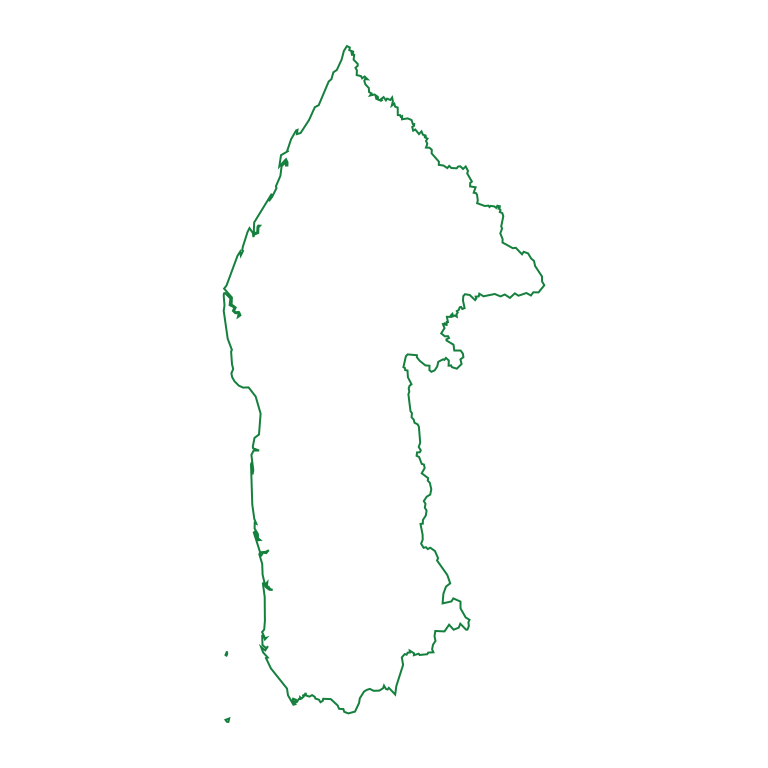 Maintirano, Melaky, Madagascar (Natural Earth projection)
{"feature_id": "10022922B40533998311047", "entity_name": "Maintirano", "entity_type": "district", "adm_level": 2, "iso_a3": "MDG", "parent_name": "Madagascar", "parent_adm1": "Melaky", "projection": "natural_earth1", "projection_center": [44.435, -17.734], "detail": "fine", "context": "isolated", "style": "outline", "palette": "green", "viewbox_px": 768, "rotation_deg": 0, "n_neighbors": 0, "source": "geoboundaries", "source_scale": "gbopen_adm2", "svg_char_len": 6088}
<svg xmlns="http://www.w3.org/2000/svg" viewBox="0 0 768 768"><path d="M346.9,46.1L343.9,50.9L341.6,59.6L336.8,70.0L333.4,72.3L331.4,79.2L328.7,81.5L318.7,105.2L314.8,107.2L309.1,119.9L300.6,133.0L296.9,134.1L297.5,129.9L296.1,130.5L291.1,139.2L287.0,151.4L288.7,150.7L281.0,155.2L279.3,166.5L286.0,159.2L287.5,162.3L287.4,165.5L285.9,165.5L285.6,162.3L281.6,166.2L280.4,175.8L275.9,186.4L276.5,188.1L272.1,196.9L268.9,201.2L271.8,193.7L254.2,222.4L253.8,231.1L254.9,233.1L257.2,232.6L257.5,226.8L258.3,225.6L260.0,225.7L258.4,227.4L258.2,233.0L254.2,234.6L253.4,237.0L252.9,233.1L249.5,228.1L247.6,231.8L242.8,246.9L242.2,250.4L243.0,250.9L240.8,255.5L240.1,251.7L237.5,255.8L226.5,285.6L224.1,288.6L231.9,297.5L231.6,304.5L235.7,307.5L234.1,310.9L235.5,312.2L238.9,312.0L239.5,313.3L238.3,315.9L240.0,314.2L240.4,315.3L237.9,317.1L238.8,313.2L235.3,313.2L232.9,310.9L234.4,307.5L229.6,305.1L230.4,298.5L225.1,293.0L224.0,293.4L223.7,295.7L224.5,305.4L223.7,310.8L227.7,338.7L231.9,349.9L231.1,351.6L232.0,364.2L233.2,369.0L231.4,373.3L232.1,377.0L234.5,381.3L238.9,385.7L243.1,387.6L248.5,387.4L250.0,389.2L255.7,396.6L260.6,413.6L259.0,434.5L254.5,437.9L252.8,446.7L253.1,448.3L259.1,450.5L253.6,450.6L251.4,454.9L253.3,470.2L252.5,474.5L251.5,463.1L251.0,464.2L252.3,504.8L254.3,518.9L256.3,523.7L254.7,523.0L254.6,528.5L257.9,534.1L258.0,538.2L260.2,540.0L257.2,540.3L255.5,533.3L254.6,531.8L253.8,532.5L260.1,552.3L265.8,551.8L268.7,550.2L266.3,553.1L263.1,552.7L261.4,555.3L259.7,553.2L259.3,554.3L262.2,563.9L262.6,574.7L264.5,582.8L265.6,584.1L267.3,582.2L266.8,586.9L268.6,586.7L269.9,588.9L272.6,589.9L269.5,589.8L266.4,587.6L262.8,582.6L264.7,597.0L264.9,620.8L264.2,629.5L262.1,632.1L265.0,638.2L266.4,637.8L264.9,639.4L263.6,635.7L262.2,635.8L262.5,645.1L266.2,648.2L268.0,646.2L265.2,650.4L261.1,647.0L263.1,652.4L267.8,657.6L266.0,658.1L270.9,668.4L287.0,688.6L288.0,695.3L293.4,704.7L295.3,704.2L292.7,700.1L293.1,698.7L295.8,699.7L295.1,701.4L296.7,702.2L298.9,698.9L300.2,699.0L300.1,697.2L301.7,698.4L303.5,696.8L302.8,694.7L304.0,695.9L304.8,694.5L305.4,696.0L305.7,692.8L306.0,695.5L309.5,696.6L312.1,695.1L314.8,696.9L315.4,698.6L318.8,699.6L320.5,702.2L322.7,700.9L323.2,698.8L330.8,699.1L337.6,705.4L339.1,708.8L343.4,709.1L344.2,711.8L348.3,713.4L355.0,711.6L359.1,702.9L359.8,698.3L364.1,691.5L366.8,689.9L369.8,688.9L373.6,690.8L379.4,690.6L383.1,688.2L384.0,685.6L386.0,689.0L387.6,689.5L388.8,687.8L395.2,694.5L396.3,686.1L403.1,664.9L401.8,657.4L404.7,654.1L406.6,654.7L407.6,652.7L409.9,652.5L409.7,650.6L414.0,653.3L413.9,655.2L418.7,653.7L419.6,655.0L427.3,654.2L428.2,652.6L433.4,652.3L432.1,649.3L433.0,644.7L435.5,640.9L434.5,636.2L435.3,631.0L444.5,631.4L449.1,624.7L453.6,629.7L458.7,627.7L460.3,623.7L466.1,629.7L467.4,629.6L468.9,626.0L468.4,622.4L469.5,619.8L465.7,617.5L460.5,608.4L460.5,601.6L453.3,598.4L451.5,601.4L442.6,603.4L443.4,593.7L446.0,586.6L450.2,583.3L447.3,575.0L437.0,560.4L438.1,558.3L435.0,551.1L430.2,547.7L427.8,549.1L425.9,547.2L423.6,547.8L421.1,543.7L422.7,539.7L422.6,534.6L420.5,523.9L422.8,523.7L422.9,520.0L425.8,515.5L426.6,510.6L424.8,507.7L425.5,503.8L423.8,501.1L426.7,496.7L430.2,494.6L431.3,489.3L429.8,482.8L427.8,480.7L428.1,478.1L421.7,473.3L424.7,468.0L423.9,464.5L421.7,463.9L419.1,457.0L416.6,455.8L417.1,452.4L419.8,452.3L420.8,450.4L418.7,446.9L420.2,442.8L418.9,426.8L417.7,424.4L414.5,422.7L413.7,419.6L411.6,417.3L411.9,413.1L410.5,411.2L408.4,394.2L409.3,391.7L408.7,388.4L409.6,385.7L411.5,384.3L407.9,377.2L407.5,370.5L405.2,370.1L404.9,368.0L403.4,367.2L405.9,356.2L407.6,354.4L416.9,355.2L416.9,357.3L419.6,360.7L425.4,365.4L429.5,365.7L429.4,370.1L431.4,371.8L434.6,370.4L437.2,366.5L438.3,361.8L443.1,359.3L444.4,359.9L445.9,357.9L448.8,360.5L448.6,365.7L451.1,365.4L451.8,367.1L456.8,368.7L461.6,364.0L460.4,359.4L463.4,357.2L462.9,353.7L460.6,350.5L454.3,350.5L453.5,344.7L446.5,340.5L446.4,339.4L449.0,338.0L448.1,336.2L444.8,336.3L441.2,333.4L444.5,328.1L442.9,324.1L444.5,323.8L444.8,322.5L445.0,324.6L446.6,324.9L446.8,322.0L447.9,322.0L446.9,316.8L451.4,316.9L452.0,316.0L451.0,315.2L452.4,313.8L453.1,316.3L454.8,315.5L456.8,316.7L456.5,314.3L457.7,312.6L456.8,311.1L458.7,310.0L459.7,307.3L461.1,306.9L462.3,309.0L464.6,308.1L463.0,300.7L463.3,296.1L465.0,294.2L469.7,295.0L475.1,300.1L476.3,298.5L475.7,296.6L478.7,296.4L479.3,293.7L483.5,296.3L494.8,294.0L500.5,296.4L504.8,294.5L509.9,297.9L514.8,293.4L518.5,295.7L526.4,293.0L530.9,295.5L533.3,292.3L538.5,292.4L544.3,285.3L542.1,281.5L542.0,276.5L535.1,266.0L534.0,260.9L531.2,258.6L528.1,253.4L523.7,251.8L522.0,254.3L515.8,247.8L512.8,248.2L502.5,242.5L502.6,239.1L500.3,233.4L502.1,228.4L501.2,226.5L503.3,216.2L502.3,213.1L499.8,212.0L500.5,210.1L499.4,209.1L499.7,207.1L498.7,207.8L498.9,206.1L497.4,205.7L496.2,207.9L494.3,206.4L490.6,205.9L489.5,207.0L488.4,205.6L484.9,206.0L477.1,203.2L477.8,200.3L477.0,194.7L476.0,193.1L473.7,192.7L475.6,187.3L470.1,186.4L470.2,182.9L471.9,181.6L467.2,173.4L468.0,170.9L465.7,166.5L463.0,169.0L460.3,166.3L458.0,166.6L456.8,168.3L451.3,168.0L449.2,165.9L447.3,168.1L443.4,165.5L438.8,164.9L438.9,161.7L431.6,153.3L431.8,149.8L429.4,147.7L426.0,147.6L427.3,143.8L426.0,140.9L427.5,138.6L424.9,137.4L424.6,135.9L425.8,136.8L425.6,135.5L422.9,134.7L421.5,131.4L419.0,134.1L415.3,129.5L413.2,130.7L412.2,127.0L414.0,125.8L414.2,124.1L412.9,124.2L411.5,120.0L407.7,118.4L402.0,119.3L402.1,116.2L400.8,116.9L400.1,115.2L397.8,115.1L397.7,107.6L395.1,106.6L394.3,103.6L391.8,105.6L392.9,101.1L392.1,97.5L390.4,100.0L387.1,98.6L385.9,100.4L383.6,97.1L380.9,99.2L381.9,100.2L381.0,100.8L376.3,98.8L375.9,97.2L377.9,97.7L377.8,96.8L374.5,94.5L370.1,95.5L371.5,93.4L369.1,92.1L368.8,88.0L365.4,84.4L364.3,80.8L365.1,79.1L367.5,79.3L364.6,76.5L362.1,78.3L361.0,76.1L356.7,75.1L356.9,70.4L355.5,67.8L357.7,65.8L357.7,63.9L353.6,59.7L354.2,54.9L351.9,54.8L351.5,52.2L353.1,52.8L353.2,51.6L349.3,50.2L349.8,47.5L346.9,46.1ZM228.4,721.9L229.2,718.4L225.5,719.9L226.9,721.8L228.4,721.9ZM226.5,655.6L227.2,653.9L227.0,651.4L225.5,655.0L226.5,655.6Z" fill="none" stroke="#15803d" stroke-width="2"/></svg>